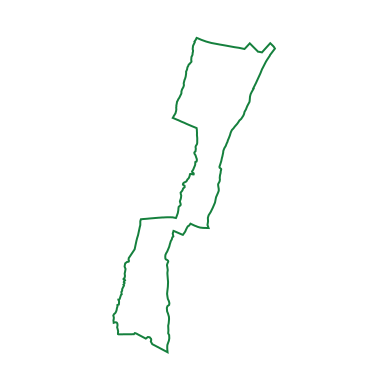 Santa Cruz Quilehtla, Tlaxcala, Mexico (Albers equal-area conic projection), rotated 102°
{"feature_id": "50627088B84143301637451", "entity_name": "Santa Cruz Quilehtla", "entity_type": "district", "adm_level": 2, "iso_a3": "MEX", "parent_name": "Mexico", "parent_adm1": "Tlaxcala", "projection": "albers", "projection_center": [-98.204, 19.212], "detail": "fine", "context": "isolated", "style": "outline", "palette": "green", "viewbox_px": 384, "rotation_deg": 102, "n_neighbors": 0, "source": "geoboundaries", "source_scale": "gbopen_adm2", "svg_char_len": 5858}
<svg xmlns="http://www.w3.org/2000/svg" viewBox="0 0 384 384"><g transform="rotate(102 192 192)"><path d="M133.7,167.6L132.8,167.4L131.2,167.1L128.7,166.7L125.9,166.5L124.4,166.2L123.2,165.9L122.3,165.4L121.2,164.7L119.2,163.8L115.8,161.9L113.9,161.1L112.2,160.5L110.3,159.1L107.0,157.8L105.9,157.5L104.7,157.3L103.6,157.3L102.8,157.3L101.5,156.9L100.0,156.4L98.0,156.1L96.0,155.7L95.7,155.6L94.3,155.2L91.9,154.5L90.5,154.6L88.9,154.8L86.7,155.1L84.2,155.0L81.7,154.4L78.0,153.2L77.9,153.4L77.9,153.6L71.4,151.9L71.2,151.9L61.9,149.8L57.2,149.0L56.6,148.8L54.8,148.3L49.2,146.8L47.2,146.1L42.4,144.2L41.9,144.2L40.2,143.4L36.8,141.8L34.5,140.7L33.1,142.0L32.2,143.2L31.7,144.0L30.2,146.4L36.9,150.3L40.9,152.6L40.9,154.7L41.0,156.7L40.8,156.9L36.7,163.2L35.9,164.4L34.6,166.4L38.5,168.7L40.3,169.8L41.2,170.4L41.2,171.9L41.2,173.7L41.2,176.0L41.5,180.5L41.7,187.4L41.8,190.9L42.0,195.9L42.0,196.5L42.1,200.4L42.2,203.9L42.0,207.6L41.9,209.4L41.2,214.6L41.0,215.5L40.4,218.7L40.3,219.5L41.0,219.7L41.5,219.8L42.2,219.9L43.2,220.4L43.7,220.6L44.3,220.8L44.4,220.5L44.8,220.4L45.6,220.6L46.5,220.8L47.6,221.1L49.1,221.4L50.2,221.2L51.1,221.2L52.5,220.9L53.3,220.4L54.8,220.2L55.4,220.3L56.0,220.3L56.4,220.2L57.1,220.1L58.0,220.1L58.9,220.3L59.6,220.5L60.1,220.6L60.8,220.5L61.5,220.4L62.4,220.3L63.1,220.2L64.2,219.7L64.9,219.7L66.0,220.4L67.1,220.9L68.0,221.7L69.5,221.9L70.6,222.3L71.8,222.4L72.8,222.3L74.1,222.5L75.5,222.8L77.2,222.4L78.6,222.3L79.9,222.2L81.1,222.2L81.7,222.3L82.6,222.3L83.7,222.6L86.4,222.7L87.5,222.7L89.2,222.1L90.6,222.2L91.7,222.4L92.8,222.8L94.1,223.1L95.3,223.2L96.4,223.2L97.3,222.9L98.5,223.0L99.5,223.3L100.7,223.6L102.4,224.0L104.1,224.7L105.6,225.0L106.8,225.4L108.8,225.3L110.6,225.3L111.3,225.1L112.7,225.0L114.5,224.5L116.3,224.4L117.3,224.5L118.3,224.5L119.8,225.0L120.6,225.3L121.7,225.7L122.6,225.9L123.5,226.2L123.8,224.6L124.5,221.1L124.5,220.8L124.9,219.0L125.4,216.9L125.9,214.0L126.5,211.5L127.6,205.9L128.5,200.8L130.1,200.2L131.7,199.8L133.1,199.4L135.3,199.0L138.1,198.1L140.0,197.7L141.5,197.4L142.9,197.1L144.2,197.1L146.1,197.8L147.2,197.9L149.1,197.2L150.3,197.2L151.2,197.0L152.0,197.4L152.8,197.9L153.9,197.6L154.7,196.9L155.2,196.3L156.2,195.7L157.3,195.1L158.5,194.3L159.6,193.9L160.6,193.8L161.4,194.0L161.8,194.9L162.9,194.9L164.1,194.6L165.1,194.6L166.4,194.8L167.3,195.0L169.0,195.3L170.1,195.5L171.4,196.1L172.2,196.2L172.9,195.4L173.3,194.4L174.0,194.0L174.5,194.1L174.6,195.1L174.6,195.9L174.6,197.1L174.8,197.6L175.8,197.7L176.6,197.6L177.8,197.8L178.9,198.0L179.9,198.5L180.7,199.1L182.0,199.4L182.9,199.8L183.8,200.9L184.5,201.8L185.2,202.3L186.1,202.5L186.7,202.4L187.0,201.7L187.4,200.6L188.8,200.2L189.5,200.7L190.4,201.4L191.9,201.6L192.7,201.8L193.9,202.4L195.0,203.0L196.4,202.5L197.7,201.8L199.8,201.6L201.2,201.6L202.6,201.8L203.7,201.9L204.5,201.5L206.3,200.5L207.4,200.5L209.2,201.9L210.5,201.9L212.5,201.6L215.6,201.5L219.9,202.1L220.8,202.3L220.8,203.3L220.8,204.1L220.8,204.3L220.8,205.1L220.8,205.7L221.0,206.6L221.1,207.4L221.2,208.0L221.7,210.3L221.9,211.2L222.2,212.2L222.3,212.8L222.5,213.4L222.9,214.9L223.0,215.5L223.2,216.2L223.6,217.4L223.7,217.9L223.9,218.5L224.2,219.7L224.5,220.6L225.0,222.3L225.9,225.2L226.4,226.9L226.8,228.2L227.6,230.7L228.1,232.4L228.5,233.8L229.3,236.3L231.3,236.5L235.1,235.7L237.4,235.8L245.4,235.8L248.5,236.1L251.3,236.2L260.0,236.2L268.3,239.5L269.7,240.1L271.3,240.0L272.5,239.3L273.3,239.5L273.7,240.3L273.8,240.9L275.7,242.5L277.7,242.5L279.0,242.4L281.1,241.0L283.4,240.9L285.8,240.9L288.1,240.1L290.0,240.1L291.1,240.9L291.6,240.8L291.8,240.1L291.8,239.6L292.4,239.1L293.5,239.9L294.3,240.0L294.9,239.1L295.6,239.1L296.2,239.4L296.9,239.8L297.6,239.1L298.5,239.3L299.4,239.6L301.6,240.1L303.1,239.8L304.5,240.3L305.7,239.9L306.7,239.5L307.5,240.1L310.6,240.4L311.6,240.5L312.4,240.9L312.6,241.6L313.2,241.3L313.6,240.8L314.6,240.5L316.0,240.3L317.3,240.2L317.6,240.7L318.1,241.5L319.6,241.1L321.3,241.3L323.0,241.2L324.8,241.4L326.4,241.9L327.7,242.9L329.2,243.3L330.9,242.4L332.6,242.1L333.7,242.2L336.2,241.4L335.9,240.9L335.3,239.6L335.3,238.7L335.6,238.2L336.2,237.7L337.2,237.3L338.2,237.1L339.9,237.1L341.8,236.1L343.6,235.3L345.4,235.1L346.4,234.8L346.5,234.3L344.9,227.0L343.2,219.3L341.9,218.6L341.9,217.9L342.2,216.4L342.5,215.5L345.0,206.7L343.0,205.0L342.9,203.2L344.2,201.5L345.2,201.1L346.8,201.2L349.1,199.2L353.8,182.6L350.9,183.5L348.8,184.0L346.8,184.3L344.4,184.0L342.2,183.7L339.8,183.8L336.7,184.6L335.2,185.9L332.3,186.3L327.7,187.5L325.3,187.5L322.9,187.8L321.2,188.0L318.9,188.6L315.9,190.2L314.0,191.5L310.7,192.5L308.8,192.3L307.9,191.5L307.2,190.9L305.5,191.0L304.4,191.5L303.3,192.1L301.6,193.4L299.6,194.2L296.8,195.2L294.1,195.5L289.8,195.9L285.0,196.7L281.4,197.8L277.0,199.1L275.9,199.3L273.4,199.5L270.4,200.6L269.0,201.2L268.1,201.3L266.0,201.0L265.5,200.8L264.8,200.8L264.3,201.1L264.0,201.5L263.6,202.4L263.3,203.6L262.6,204.2L261.6,204.5L260.3,204.8L259.0,204.9L258.0,204.7L256.8,204.4L255.5,203.9L253.4,203.5L251.8,203.2L250.2,202.9L247.5,202.8L245.6,202.6L244.9,202.6L243.7,202.3L242.7,201.9L241.4,201.9L240.4,201.8L239.4,201.0L236.7,202.2L233.9,202.0L234.0,201.2L235.8,192.4L235.8,192.0L233.5,191.0L232.1,190.4L229.9,190.0L228.1,189.5L226.5,189.0L225.4,187.8L223.3,186.9L224.2,183.1L224.4,182.2L224.5,181.5L224.5,181.3L224.9,179.3L225.1,176.7L224.8,173.7L223.8,168.3L221.0,170.0L217.4,170.2L214.0,171.1L211.3,170.9L207.8,169.6L203.1,168.4L197.5,167.3L192.2,167.4L187.3,166.4L185.2,166.1L183.4,166.5L180.9,167.5L179.4,168.0L178.5,168.0L176.9,167.5L175.8,167.2L174.0,167.3L172.5,167.8L169.9,168.1L167.5,168.0L165.7,168.2L164.0,168.1L163.4,168.3L162.4,170.1L161.6,170.4L158.9,170.1L155.7,169.8L152.4,169.8L150.9,169.7L149.0,169.7L147.0,169.7L145.4,169.9L143.8,169.7L142.2,169.4L140.0,168.6L137.4,168.2L135.4,167.7L134.5,167.7L133.7,167.6Z" fill="none" stroke="#15803d" stroke-width="2"/></g></svg>